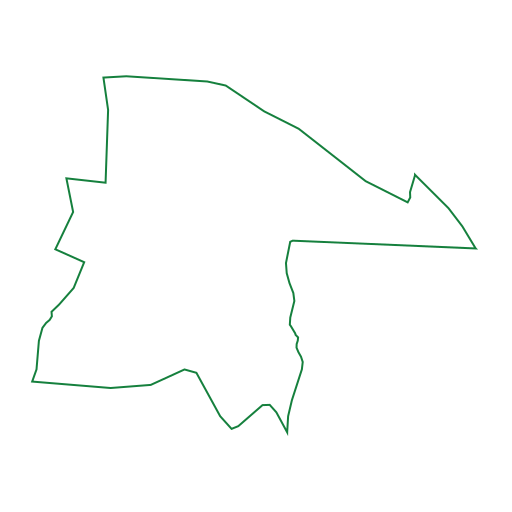 the Province of South Cotabato, rotated 182°
{"feature_id": "PHL-2599", "entity_name": "South Cotabato", "entity_type": "Province", "adm_level": 1, "iso_a3": "PHL", "parent_name": "Philippines", "parent_adm1": "", "projection": "natural_earth1", "projection_center": [124.747, 6.32], "detail": "fine", "context": "isolated", "style": "outline", "palette": "green", "viewbox_px": 512, "rotation_deg": 182, "n_neighbors": 0, "source": "natural_earth", "source_scale": "10m", "svg_char_len": 968}
<svg xmlns="http://www.w3.org/2000/svg" viewBox="0 0 512 512"><g transform="rotate(182 256 256)"><path d="M218.7,80.9L230.2,100.5L237.1,107.7L244.3,107.2L267.8,85.3L274.4,82.4L286.2,94.6L311.5,137.2L323.5,140.1L356.7,123.5L396.7,119.0L475.3,122.7L471.4,135.0L470.0,163.7L466.9,176.8L463.4,181.8L460.0,184.9L457.9,188.6L458.4,193.1L451.1,200.6L437.1,217.7L427.5,243.8L456.8,255.7L440.3,293.6L448.2,327.0L408.9,324.0L408.9,396.8L414.7,429.0L391.9,431.1L310.8,428.7L292.2,425.3L252.8,400.8L217.7,384.6L149.0,334.6L106.3,314.9L103.9,319.9L104.3,325.2L99.9,342.2L99.9,342.7L99.5,342.3L65.3,310.5L50.8,292.8L36.8,271.3L36.7,271.2L219.8,272.6L222.3,271.4L225.8,250.0L224.7,239.9L221.6,230.1L217.4,220.3L216.1,212.4L219.6,195.7L219.8,188.5L218.7,187.1L214.1,180.0L213.7,178.6L211.1,176.1L211.3,172.9L212.3,169.4L212.3,165.8L210.2,161.3L207.5,156.9L205.6,151.7L206.2,144.3L215.1,113.1L218.3,97.0L218.7,81.1L218.7,80.9Z" fill="none" stroke="#15803d" stroke-width="2"/></g></svg>